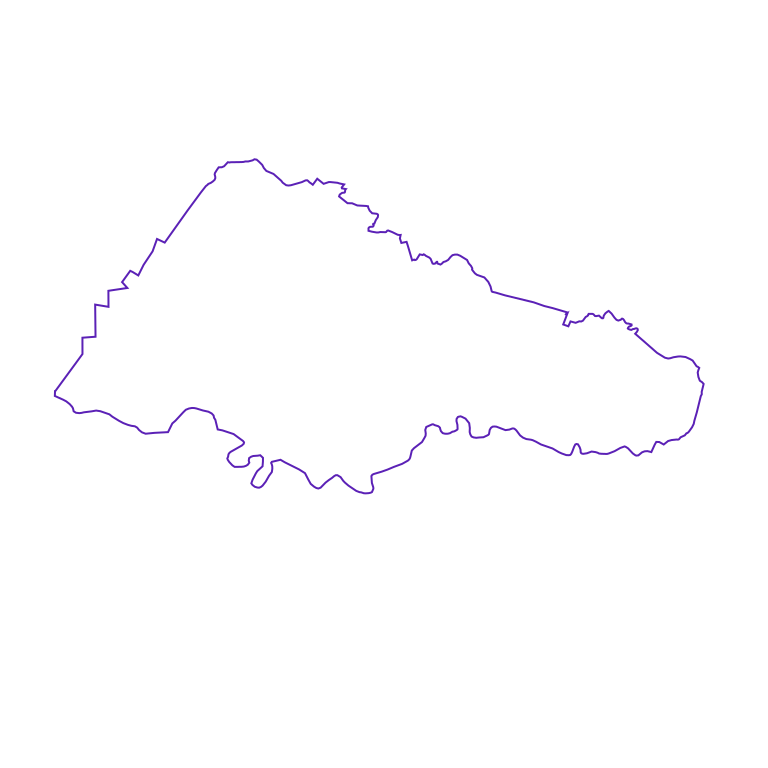 Ayotoxco de Guerrero, Puebla, Mexico (Mercator projection), rotated 298°
{"feature_id": "50627088B34182004017380", "entity_name": "Ayotoxco de Guerrero", "entity_type": "district", "adm_level": 2, "iso_a3": "MEX", "parent_name": "Mexico", "parent_adm1": "Puebla", "projection": "mercator", "projection_center": [-97.405, 20.072], "detail": "fine", "context": "isolated", "style": "outline", "palette": "violet", "viewbox_px": 768, "rotation_deg": 298, "n_neighbors": 0, "source": "geoboundaries", "source_scale": "gbopen_adm2", "svg_char_len": 6160}
<svg xmlns="http://www.w3.org/2000/svg" viewBox="0 0 768 768"><g transform="rotate(298 384 384)"><path d="M240.1,215.9L249.8,215.6L253.7,217.1L264.7,220.0L268.2,221.1L270.8,223.3L272.7,225.7L273.7,227.8L274.3,229.8L275.6,236.5L277.1,242.0L277.1,245.7L276.2,248.3L274.4,249.8L273.2,251.9L265.8,258.5L267.2,263.1L269.2,274.7L267.5,286.3L266.8,287.8L265.4,288.2L263.0,287.4L252.0,280.4L250.3,279.8L248.9,279.7L246.5,280.5L244.7,280.6L243.7,281.7L242.5,283.9L241.0,288.3L240.7,291.0L243.9,296.9L245.3,299.0L246.9,300.5L248.7,301.6L251.3,302.0L252.8,300.6L255.2,299.7L257.4,300.8L259.0,302.3L261.4,306.1L263.0,308.2L262.0,311.8L258.5,313.6L254.3,315.4L247.6,313.0L244.9,312.8L237.8,312.9L234.0,313.5L233.1,315.3L232.6,318.1L233.1,320.7L233.8,322.4L235.2,323.6L237.2,324.5L242.2,325.4L249.1,325.6L253.6,326.3L256.7,325.2L259.0,323.9L260.5,322.5L261.3,321.4L262.6,321.5L268.5,328.2L268.3,333.2L268.7,349.1L268.2,356.1L264.1,362.0L261.4,366.2L260.5,370.5L260.4,373.1L260.9,375.1L262.7,376.7L269.5,378.7L273.3,380.4L276.7,382.2L279.4,383.3L280.9,384.3L281.6,385.7L281.4,389.4L279.4,393.4L278.6,395.8L277.6,400.3L276.6,409.7L277.0,413.1L277.6,414.7L278.1,417.6L279.0,419.4L280.5,421.8L281.8,423.3L282.9,424.1L286.5,423.8L287.8,423.0L290.9,419.8L292.8,418.6L296.8,416.1L298.4,416.3L299.7,417.2L305.5,423.1L310.1,427.3L315.5,431.7L322.0,437.5L327.6,441.1L329.4,441.7L331.0,441.7L332.7,441.3L338.3,439.8L341.4,440.6L350.6,444.8L355.3,445.0L357.8,445.0L359.9,444.1L362.8,442.0L365.9,441.5L371.0,445.5L371.5,446.4L371.5,448.2L372.2,451.6L372.0,453.0L371.6,454.0L370.5,454.9L369.1,456.4L368.2,458.9L368.6,460.7L369.1,462.0L370.1,463.7L371.5,465.3L374.0,466.8L375.0,468.1L376.3,469.1L378.1,470.1L378.8,470.1L382.4,468.0L385.3,465.4L387.2,464.5L389.5,464.7L390.2,465.3L391.4,466.8L391.6,468.2L391.7,472.2L389.4,477.6L385.5,480.4L381.8,482.2L380.0,483.9L378.7,486.0L378.9,488.2L379.8,490.7L381.5,493.2L383.7,496.8L386.9,499.2L388.1,500.0L389.1,500.2L393.1,498.9L395.5,499.0L397.3,499.9L398.3,501.4L399.1,503.3L400.3,512.9L402.6,516.1L405.0,518.2L405.7,519.6L405.6,521.1L405.1,522.8L402.5,528.3L401.9,531.9L402.2,535.5L403.8,539.9L404.2,541.6L404.4,545.2L404.3,551.0L406.2,563.1L405.9,570.2L406.1,573.5L406.8,578.3L408.0,580.8L408.9,581.8L410.2,582.1L412.6,582.0L417.9,581.3L420.4,581.3L421.4,582.1L421.8,583.6L420.0,586.5L418.2,588.4L416.1,589.7L415.5,590.6L415.5,591.7L416.0,592.9L418.1,595.7L421.8,599.0L423.2,602.8L423.6,604.9L423.6,606.6L424.5,608.8L426.9,613.7L428.1,615.0L432.9,619.1L438.5,622.7L441.8,625.7L442.0,626.9L441.8,629.6L439.5,636.3L439.1,639.2L439.2,640.3L440.4,642.1L444.8,643.9L446.9,645.7L448.4,648.1L449.4,652.0L457.5,651.5L460.7,651.6L462.0,654.3L461.9,659.4L467.0,661.6L469.5,664.2L472.2,668.2L473.0,669.8L473.7,670.4L476.2,670.9L479.9,673.7L482.5,674.2L482.9,674.7L484.0,675.3L485.2,675.6L490.4,676.3L494.2,676.2L497.2,675.3L505.8,673.5L522.0,669.4L524.1,669.4L526.2,668.2L534.1,666.2L534.9,664.1L535.2,661.3L537.8,658.3L541.4,655.6L543.6,655.1L546.2,654.8L546.5,653.1L546.4,651.7L549.6,645.5L549.7,642.7L549.4,637.6L547.5,632.7L546.3,630.7L543.5,627.0L541.1,624.6L539.9,622.9L539.1,619.7L539.7,610.4L546.3,582.2L548.8,582.8L550.8,582.8L551.7,582.0L551.8,581.0L551.2,580.0L549.9,578.9L549.5,578.1L547.9,577.0L547.5,575.7L547.3,573.9L547.5,573.2L548.1,573.1L549.5,573.3L550.4,573.9L550.8,574.5L552.0,575.1L552.8,574.6L552.1,571.4L551.5,570.2L551.4,569.3L551.9,567.7L553.0,566.1L553.6,564.7L553.6,563.8L553.3,563.3L551.9,562.9L550.0,561.1L549.8,559.1L550.8,556.3L553.0,551.9L554.0,548.1L552.9,547.4L550.4,546.3L548.1,546.0L547.3,546.0L545.4,546.6L544.8,546.4L544.4,545.7L544.5,544.7L545.3,541.7L543.5,539.4L543.1,538.4L543.9,536.2L543.8,535.2L542.0,531.8L541.1,531.7L540.5,532.0L539.4,531.6L537.9,530.6L533.3,529.9L531.8,528.8L531.0,527.0L528.0,524.5L526.8,519.3L521.5,519.7L520.7,514.3L532.5,512.8L530.0,511.6L533.3,512.4L530.2,497.3L528.1,488.9L526.4,477.9L519.1,449.3L517.1,439.5L516.2,436.3L516.6,435.4L520.1,432.3L523.1,428.2L525.2,422.6L524.0,414.8L524.4,412.3L526.1,408.4L526.6,407.9L527.1,407.9L527.7,407.5L529.1,405.4L530.3,402.2L532.5,399.1L533.0,391.1L532.7,388.1L531.6,385.9L529.9,384.0L527.3,383.1L523.7,382.4L521.3,380.9L519.6,379.2L517.5,378.6L516.0,377.8L515.5,374.7L516.8,373.6L516.6,373.2L514.2,372.5L513.3,371.2L513.2,370.3L516.4,366.4L516.9,364.6L516.8,360.9L517.2,359.0L517.1,358.1L516.1,357.7L515.2,354.7L509.5,354.3L508.5,353.8L507.9,353.1L508.0,352.2L506.4,350.8L517.2,340.2L520.1,337.2L516.7,333.1L520.0,329.7L523.4,328.7L522.9,328.0L522.2,326.0L522.0,319.9L521.5,315.6L520.9,314.9L519.2,314.5L518.7,314.0L516.4,309.3L515.1,307.8L514.3,306.3L512.8,301.8L512.0,298.4L514.2,297.2L515.0,297.2L516.3,298.0L517.6,300.2L518.2,300.5L519.2,300.4L520.0,299.3L520.5,299.4L521.1,300.2L524.9,299.8L528.4,300.2L530.3,299.5L530.8,299.0L530.9,297.7L529.2,293.4L530.3,290.0L532.3,287.3L533.4,286.5L532.8,284.6L529.1,276.6L528.6,271.0L526.5,266.9L528.5,256.3L530.1,256.0L531.0,256.2L533.1,257.3L534.5,259.3L535.1,259.4L537.4,258.6L538.2,258.8L537.0,255.0L537.7,254.4L541.5,255.1L540.2,250.6L539.8,248.4L537.1,241.8L536.4,240.5L532.4,236.7L533.9,228.7L526.5,227.6L527.0,224.7L527.0,223.7L527.7,221.6L527.8,220.5L526.9,219.1L523.7,216.7L515.8,208.5L514.4,206.5L513.6,204.3L514.2,200.0L515.2,197.9L517.6,187.8L516.9,180.1L518.3,176.5L520.3,173.6L521.7,168.9L522.3,166.2L521.6,164.1L519.8,163.0L516.8,159.7L515.4,157.1L514.2,155.8L513.0,153.9L507.7,144.3L507.1,143.7L506.5,142.0L501.2,140.6L499.2,139.0L497.7,136.3L494.2,135.9L490.9,135.7L489.5,136.1L487.9,137.6L486.6,138.4L484.8,138.6L482.5,137.8L480.2,136.6L478.1,134.9L477.1,134.7L475.1,133.8L467.3,132.4L445.0,129.1L405.9,124.0L405.5,115.5L392.5,117.4L376.4,115.8L364.5,116.1L364.9,109.4L364.8,106.8L351.0,104.9L348.3,112.3L336.9,96.9L322.8,104.5L318.5,91.7L290.3,107.1L283.3,96.0L268.9,103.7L223.3,97.1L223.2,96.9L218.9,99.0L219.5,107.9L219.5,111.6L218.7,115.9L217.5,119.2L216.5,120.8L214.2,122.8L214.0,125.5L215.2,128.6L216.5,130.5L218.1,132.3L222.6,138.7L225.4,142.3L226.8,146.3L228.3,155.8L227.6,159.5L227.1,167.2L227.1,172.2L227.7,177.1L228.5,180.6L229.7,183.9L229.6,186.5L228.4,189.3L227.7,193.0L228.2,196.9L233.0,204.1L240.1,215.9Z" fill="none" stroke="#5b21b6" stroke-width="2"/></g></svg>